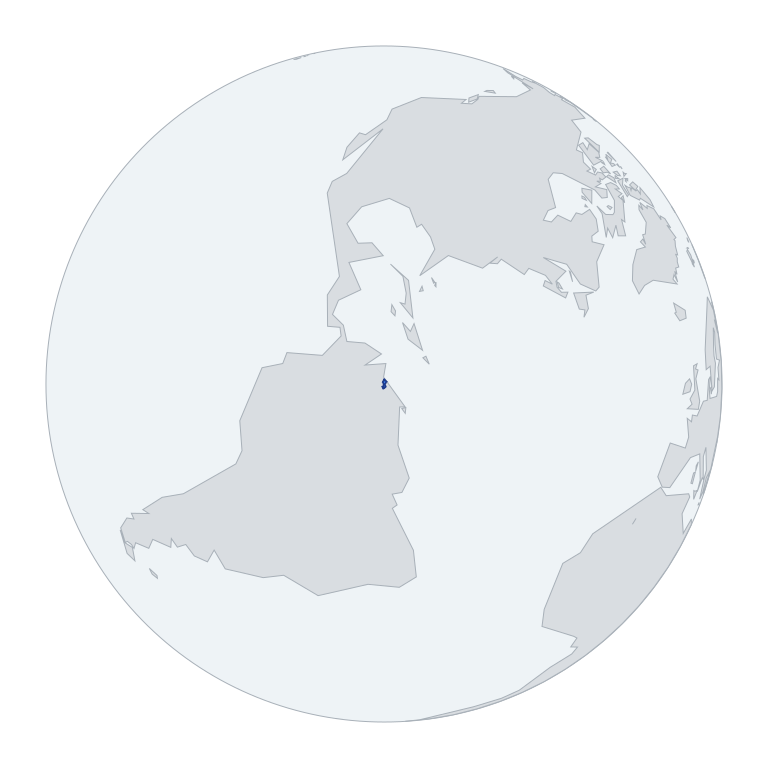 Aragua on an orthographic globe, rotated 56°
{"feature_id": "VEN-41", "entity_name": "Aragua", "entity_type": "State", "adm_level": 1, "iso_a3": "VEN", "parent_name": "Venezuela", "parent_adm1": "", "projection": "orthographic", "projection_center": [-67.18, 9.967], "detail": "fine", "context": "on_globe", "style": "filled", "palette": "blue", "viewbox_px": 768, "rotation_deg": 56, "n_neighbors": 0, "source": "natural_earth", "source_scale": "10m", "svg_char_len": 9672}
<svg xmlns="http://www.w3.org/2000/svg" viewBox="0 0 768 768"><g transform="rotate(56 384 384)"><circle cx="384" cy="384" r="338" fill="#eef3f6" stroke="#a8b0b8"/><path d="M320.2,392.7L312.4,388.8L304.6,398.5L278.5,381.2L269.9,360.8L194.0,324.3L187.1,313.6L188.6,297.2L171.9,242.1L175.1,292.8L167.0,282.3L162.1,263.9L167.0,259.9L166.6,233.9L160.6,223.6L167.4,192.8L194.0,156.9L194.6,162.8L200.9,154.5L200.5,147.0L198.7,144.3L219.9,113.5L222.1,98.2L211.5,101.1L222.7,95.3L195.1,107.4L189.0,108.9L202.8,102.8L209.5,99.0L208.9,97.2L215.7,93.1L219.3,90.2L227.5,85.9L234.9,83.8L240.3,81.3L239.6,80.3L247.3,76.2L247.6,77.8L261.1,71.0L276.0,68.8L270.2,80.9L285.3,79.8L297.5,93.6L303.3,90.1L311.6,94.6L321.4,92.6L320.9,96.7L329.1,91.8L327.7,88.4L330.8,85.4L336.5,84.3L336.8,88.9L334.0,90.2L337.1,91.1L334.8,94.1L339.1,92.0L338.8,98.5L347.4,90.6L354.2,94.6L351.7,99.4L341.1,100.7L309.2,118.5L303.5,125.6L306.1,133.4L333.7,143.1L331.9,151.0L337.3,160.3L343.3,154.6L341.2,145.5L353.7,138.2L349.6,129.0L354.1,125.1L354.2,115.9L365.9,115.8L377.1,121.0L377.6,129.0L382.5,131.9L391.6,123.7L401.6,139.3L424.0,151.5L425.3,156.4L410.9,165.3L386.9,165.6L368.2,181.2L392.2,170.1L395.0,184.0L400.5,186.4L407.2,185.6L410.7,180.2L414.2,185.3L391.8,197.1L388.3,192.6L395.4,188.6L384.2,189.4L369.1,199.3L371.7,206.5L346.1,217.0L347.7,222.7L343.0,228.7L342.2,218.7L343.1,237.5L313.5,258.8L314.2,293.8L300.7,266.5L288.1,263.2L272.6,263.5L272.4,269.1L252.3,264.4L233.1,275.8L224.6,303.4L230.3,325.1L252.8,326.8L260.2,315.0L277.2,312.9L263.6,345.1L292.9,350.5L289.1,374.9L297.5,387.8L312.5,384.8L328.0,391.0L339.4,376.9L357.7,369.3L357.7,389.1L368.1,371.0L378.1,380.5L414.7,379.3L411.8,383.9L442.5,406.6L476.1,415.7L483.9,429.8L479.9,438.8L491.6,440.8L491.7,446.6L538.3,452.6L562.0,465.1L561.1,485.0L541.1,509.3L522.6,557.0L486.5,574.1L477.0,592.4L448.5,619.0L426.7,617.7L432.7,629.8L420.5,637.4L406.2,638.1L403.7,646.5L393.2,646.7L400.2,652.1L383.5,662.6L388.7,670.9L376.7,678.7L380.5,683.2L375.8,683.1L371.0,684.7L370.7,687.1L356.0,682.7L351.3,672.1L356.1,666.8L349.9,665.7L359.9,651.4L353.3,654.2L353.9,631.3L362.8,611.7L367.4,551.5L359.9,539.0L333.8,524.1L302.3,476.0L310.4,456.5L303.7,446.9L325.8,419.1L320.2,392.7ZM64.4,277.5L67.1,270.0L65.8,275.1L64.4,277.5ZM68.6,265.2L67.7,267.8L68.4,265.6L68.6,265.2ZM69.0,263.5L68.7,264.7L68.7,264.1L69.0,263.5ZM69.2,262.1L69.2,262.5L69.1,262.8L69.2,262.1ZM311.8,305.7L345.4,323.1L325.7,325.0L329.5,321.9L321.1,314.8L305.3,308.1L288.2,311.6L311.8,305.7ZM70.7,257.8L71.2,256.5L71.4,256.1L70.7,257.8ZM328.2,286.5L322.3,285.1L328.2,285.0L328.2,286.5ZM196.8,144.0L199.8,147.4L197.7,156.2L194.4,153.6L196.8,144.0ZM201.8,129.3L205.1,129.1L197.8,136.8L198.2,134.5L201.8,129.3ZM202.4,104.8L203.6,105.8L200.1,106.4L202.4,104.8ZM218.4,90.6L215.9,91.9L218.8,90.0L218.4,90.6ZM347.8,116.8L351.0,116.4L349.3,118.3L347.8,116.8ZM344.9,113.5L340.8,116.0L338.8,114.8L341.4,113.3L344.9,113.5ZM234.0,81.8L239.5,78.9L235.2,81.4L234.0,81.8ZM350.5,110.8L335.8,112.5L332.4,110.5L339.5,103.3L350.5,110.8ZM255.4,71.5L272.2,65.2L254.4,72.2L249.8,74.8L248.5,74.9L243.5,77.0L256.7,71.0L253.5,72.3L255.4,71.5ZM324.8,88.0L326.6,91.4L319.9,89.8L324.8,88.0ZM319.8,87.8L294.9,89.1L295.1,84.2L303.4,84.4L299.5,79.6L311.9,76.4L316.8,78.4L314.2,82.0L320.9,78.2L319.8,87.8ZM281.1,62.5L285.4,61.1L282.3,62.3L281.1,62.5ZM331.6,84.1L326.5,84.5L326.4,80.1L336.5,78.6L333.3,80.4L331.6,84.1ZM292.4,80.2L294.1,77.1L304.6,73.6L306.6,72.1L312.2,76.0L292.4,80.2ZM336.2,80.9L341.6,78.1L346.8,79.2L336.5,83.5L336.2,80.9ZM322.1,79.8L322.5,77.8L325.5,78.3L322.1,79.8ZM368.3,83.1L362.2,82.9L361.6,80.5L368.3,83.1ZM343.3,77.0L341.5,76.6L340.5,75.8L345.1,74.4L343.3,77.0ZM319.2,73.5L323.2,72.9L317.5,71.7L325.1,69.5L327.4,72.7L329.6,70.5L331.9,69.8L331.2,73.3L319.2,73.5ZM347.0,70.8L352.5,75.1L363.9,75.5L364.7,77.5L346.3,76.6L347.0,70.8ZM337.8,71.9L343.6,71.6L341.7,73.8L336.5,75.5L337.8,71.9ZM329.4,67.1L317.1,69.5L317.0,68.8L329.4,67.1ZM350.6,70.4L349.2,69.4L351.7,70.1L350.6,70.4ZM336.4,67.4L332.0,68.2L332.0,67.4L336.4,67.4ZM350.0,67.1L351.8,68.3L348.3,69.3L350.0,67.1ZM344.0,66.8L345.1,65.5L346.0,68.9L342.1,67.3L344.0,66.8ZM337.1,66.5L335.7,66.2L338.9,66.3L337.1,66.5ZM362.1,63.1L364.0,67.2L356.3,69.1L355.5,64.8L362.1,63.1ZM380.8,691.7L357.4,684.3L370.4,687.7L378.8,684.0L391.3,689.4L380.8,691.7ZM405.7,681.7L415.8,679.3L418.4,680.5L412.0,682.5L405.7,681.7ZM652.5,178.8L654.1,181.3L644.4,169.8L634.1,156.8L652.5,178.8ZM619.2,141.4L618.2,140.4L614.5,136.9L614.0,136.7L631.9,155.2L637.4,160.8L641.9,169.1L651.5,179.7L656.0,186.7L641.5,171.6L635.8,165.0L616.5,152.5L622.8,159.9L641.5,172.7L639.8,172.7L648.5,184.6L640.5,175.6L618.5,161.3L616.4,171.1L629.7,205.0L625.1,211.0L614.0,208.9L593.0,179.7L605.6,170.0L598.4,161.1L582.0,151.8L587.3,150.2L582.2,145.7L585.6,142.3L576.9,128.8L578.3,125.2L561.8,112.4L560.3,109.2L570.5,117.4L578.3,121.8L580.3,115.2L576.8,111.6L566.0,104.3L567.9,104.1L557.1,97.9L551.8,92.5L549.2,94.4L536.4,87.5L526.1,81.0L521.4,79.5L538.1,90.4L545.3,94.7L552.1,97.6L571.1,111.7L573.2,115.9L551.6,103.7L552.3,108.9L535.2,98.6L500.4,72.9L492.5,67.2L507.0,69.6L516.4,73.6L515.8,74.3L528.4,78.9L521.6,75.9L523.2,76.3L511.3,71.1L511.9,71.2L499.5,66.7L498.9,66.3L506.7,69.1L504.3,68.2L529.5,79.0L553.8,91.8L576.9,106.6L598.8,123.1L619.2,141.4ZM280.8,62.2L272.2,65.2L255.4,71.5L280.8,62.2ZM675.5,555.0L682.2,542.5L701.6,490.4L710.2,462.5L713.5,443.2L711.8,404.6L712.8,379.3L710.3,370.7L706.4,376.2L702.5,366.1L699.4,367.7L673.4,388.6L660.4,377.2L632.7,336.1L633.7,315.5L624.9,294.7L624.4,212.3L634.4,212.5L645.4,192.8L648.6,193.7L658.2,209.4L675.2,219.5L667.8,204.6L672.4,207.9L684.3,229.0L694.7,251.0L703.4,273.7L710.5,296.9L715.9,320.6L719.6,344.6L721.6,368.9L721.8,393.2L720.3,417.4L717.0,441.5L712.0,465.3L705.3,488.6L697.0,511.5L687.0,533.6L675.5,555.0ZM636.4,250.2L639.2,256.5L636.4,250.2ZM415.8,379.1L420.2,382.8L414.3,383.0L415.8,379.1ZM322.6,333.1L329.9,333.6L333.6,336.8L328.0,337.7L322.6,333.1ZM384.4,333.7L392.9,335.4L384.0,337.1L384.4,333.7ZM350.7,325.3L377.6,333.2L360.3,339.0L343.4,334.3L355.2,332.7L350.7,325.3ZM324.2,297.8L328.6,299.3L327.1,302.8L324.2,297.8ZM332.5,286.6L330.7,286.9L328.6,283.9L332.5,286.6ZM396.3,183.3L398.2,182.5L405.0,182.9L401.6,185.3L396.3,183.3ZM435.8,172.4L440.5,180.9L434.9,176.0L431.1,180.2L414.6,175.9L425.1,158.7L423.3,166.9L435.8,172.4ZM395.4,166.8L404.7,170.5L394.1,167.2L395.4,166.8ZM550.6,127.8L556.2,129.0L561.5,134.6L559.6,142.0L552.0,133.7L550.6,127.8ZM562.9,129.7L542.0,117.2L542.3,113.1L545.7,117.3L548.0,115.8L554.0,122.5L574.8,131.9L580.8,137.6L574.1,146.4L573.0,139.9L567.6,138.7L562.9,129.7ZM488.0,101.6L478.9,98.6L491.3,93.1L498.4,96.7L497.0,103.4L487.8,103.3L488.0,101.6ZM365.9,98.9L361.6,99.8L361.5,98.3L365.1,96.2L365.9,98.9ZM365.5,83.2L384.4,93.7L380.5,95.1L396.3,100.8L392.1,107.0L382.0,102.9L390.6,112.6L379.8,111.4L386.8,117.8L364.7,107.9L355.4,108.0L367.4,105.4L371.6,99.5L370.5,97.0L360.6,90.3L342.5,88.7L343.7,83.5L349.3,80.3L353.9,79.8L351.7,83.2L359.3,80.3L359.6,84.9L365.5,83.2ZM414.9,59.0L410.5,60.7L425.9,60.1L426.3,62.8L428.0,62.6L432.6,65.3L441.2,68.4L439.7,69.7L443.7,70.5L446.8,72.6L451.8,74.2L451.0,77.4L457.0,79.8L453.1,80.0L463.7,83.5L455.5,82.4L458.7,85.8L465.0,85.1L448.5,102.8L448.0,112.8L452.0,122.2L437.3,120.3L424.2,110.9L413.9,99.3L416.6,90.7L409.5,91.9L408.6,88.4L414.6,88.9L404.9,86.1L405.8,83.5L396.6,76.2L382.1,75.1L378.4,72.8L384.5,72.0L376.5,70.4L385.6,67.6L383.1,66.2L389.6,62.4L402.9,62.5L399.1,61.0L403.9,58.7L414.9,59.0ZM364.3,62.0L380.1,60.4L388.0,61.4L373.4,67.6L374.4,69.3L365.3,74.4L354.0,73.1L357.6,71.6L358.5,70.0L361.7,71.0L359.8,69.0L364.8,67.2L364.7,65.3L369.8,65.2L364.3,62.0ZM645.6,186.7L646.8,186.2L647.3,183.9L652.8,191.8L645.6,186.7ZM630.9,177.1L631.1,175.1L639.1,184.1L637.8,185.0L630.9,177.1ZM624.3,166.9L630.5,174.3L626.4,170.9L624.3,166.9ZM569.9,115.6L569.3,113.6L571.9,115.2L575.4,118.3L569.9,115.6ZM460.7,61.3L456.9,61.2L455.1,60.5L443.3,58.8L442.1,57.2L448.7,57.6L460.7,61.3ZM658.4,189.0L660.3,190.3L659.8,191.2L658.4,189.0ZM457.5,59.2L452.7,58.6L455.1,58.2L457.5,59.2ZM440.6,56.0L442.2,55.4L440.6,56.9L440.6,56.0ZM475.7,58.7L475.6,58.8L457.1,54.2L440.5,50.8L458.3,54.4L470.2,57.3L471.1,57.5L475.7,58.7ZM402.9,46.6L404.9,46.8L398.9,46.5L397.1,46.3L402.9,46.6ZM431.9,51.0L437.2,52.0L435.2,52.1L431.9,51.0ZM284.1,61.4L285.3,61.2L281.7,62.2L284.1,61.4Z" fill="#d9dde1" stroke="#a8b0b8" stroke-width="1"/><path d="M380.0,381.1L380.3,380.9L380.5,380.9L381.3,380.8L381.8,380.7L382.3,380.7L382.8,380.6L382.7,380.7L382.7,380.8L382.8,380.8L382.9,381.0L383.0,381.2L383.1,381.4L383.1,381.5L383.1,381.4L383.3,381.3L383.5,381.3L383.8,381.3L383.9,381.6L384.0,381.7L384.0,381.8L383.9,381.8L384.0,382.0L384.3,382.1L384.4,382.3L384.4,382.7L384.3,382.8L384.3,383.0L384.5,383.3L384.8,383.5L384.9,383.4L385.0,383.4L385.3,383.5L385.5,383.7L385.7,383.8L385.8,383.8L386.0,383.7L386.3,383.7L386.4,383.8L386.5,383.8L386.8,383.9L387.0,384.0L387.3,384.0L387.5,384.8L387.5,385.0L387.4,385.1L387.2,385.3L387.2,385.5L387.3,385.5L387.5,385.8L387.7,386.0L387.6,386.5L387.6,386.8L387.6,387.0L387.5,387.3L387.4,387.4L387.2,387.4L386.9,387.4L386.7,387.3L386.5,387.2L386.4,387.2L386.2,387.2L385.9,387.0L385.7,387.0L385.3,387.0L385.1,387.0L385.1,386.9L385.1,386.7L385.3,386.6L385.6,386.6L385.8,386.4L385.9,386.2L385.9,385.9L385.9,385.7L385.7,385.7L385.4,385.6L385.2,385.4L384.9,385.2L384.7,385.1L384.4,384.9L384.3,384.7L384.2,384.7L384.1,384.4L383.8,384.3L383.7,384.3L383.4,384.3L383.4,384.2L383.2,384.2L382.9,384.2L382.6,383.9L382.4,383.9L381.9,384.1L381.8,383.8L381.7,383.8L381.2,383.6L381.1,383.4L381.2,383.2L381.2,382.4L381.2,382.2L381.3,382.1L381.2,382.0L381.2,381.9L380.9,381.9L380.7,381.8L380.4,381.9L380.1,381.7L380.0,381.2L380.0,381.1Z" fill="#3b82f6" stroke="#1e3a8a" stroke-width="1.5"/></g></svg>